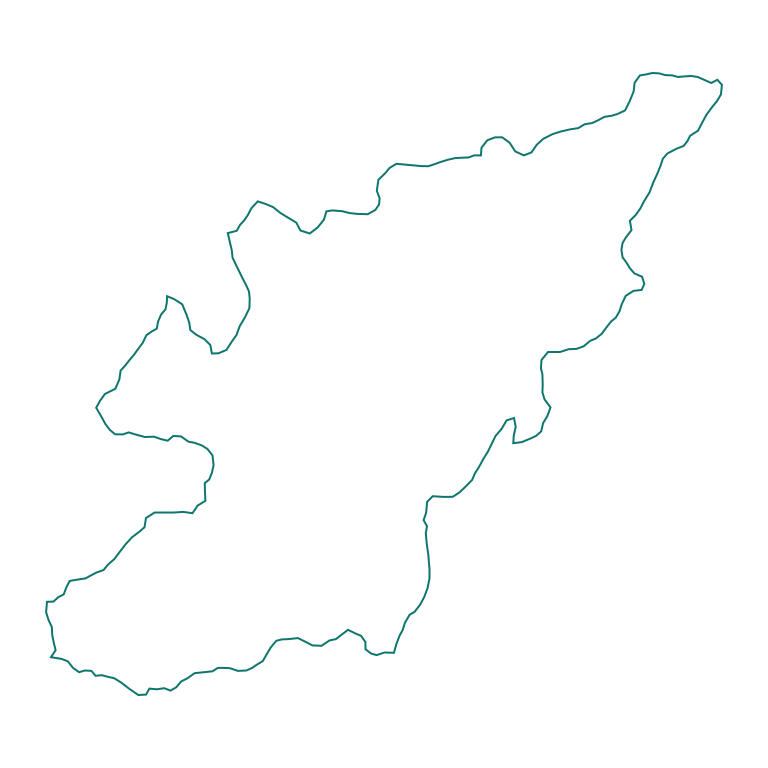 outline of Santa Rita de Caldas, Minas Gerais, Brazil
{"feature_id": "56859067B49411657296568", "entity_name": "Santa Rita de Caldas", "entity_type": "district", "adm_level": 2, "iso_a3": "BRA", "parent_name": "Brazil", "parent_adm1": "Minas Gerais", "projection": "mercator", "projection_center": [-46.273, -22.019], "detail": "fine", "context": "isolated", "style": "outline", "palette": "teal", "viewbox_px": 768, "rotation_deg": 0, "n_neighbors": 0, "source": "geoboundaries", "source_scale": "gbopen_adm2", "svg_char_len": 4032}
<svg xmlns="http://www.w3.org/2000/svg" viewBox="0 0 768 768"><path d="M51.0,657.2L61.5,658.9L67.8,661.3L73.0,667.9L79.1,672.2L84.8,670.5L91.5,670.9L95.5,675.8L101.8,675.2L108.3,676.9L114.2,678.2L121.2,682.6L129.0,688.6L138.3,695.0L146.0,694.6L149.4,688.6L156.8,689.3L164.2,688.2L170.5,690.6L176.4,687.2L181.0,681.6L187.5,678.2L194.6,673.2L203.9,672.2L212.5,671.3L217.8,667.9L223.9,667.9L230.0,668.2L237.9,670.9L246.4,670.5L252.1,667.9L257.1,664.5L262.8,661.1L266.0,655.5L270.7,647.5L276.3,640.8L281.9,639.4L288.4,639.1L298.0,638.1L305.3,641.7L312.4,645.4L321.5,645.8L329.6,640.4L335.9,639.1L341.6,634.7L348.0,629.8L354.6,633.1L361.0,635.8L365.4,641.9L365.5,649.2L371.0,653.5L376.6,655.1L384.5,652.5L393.9,652.8L396.6,643.4L399.7,635.4L402.6,630.2L405.0,622.7L409.6,614.8L414.6,611.8L419.9,605.0L424.2,597.1L427.6,588.0L429.5,578.4L429.5,569.0L428.8,561.0L428.3,554.5L427.2,547.2L426.4,540.2L425.8,532.9L427.0,526.2L423.6,520.2L426.1,512.9L427.2,501.8L432.7,496.2L443.4,496.9L452.7,496.8L459.4,492.5L465.7,486.5L472.2,479.8L475.0,473.2L478.7,467.5L483.1,459.4L488.0,451.4L491.6,444.1L495.5,436.0L501.5,429.0L506.6,420.4L514.0,418.0L515.7,426.8L513.7,436.1L513.3,443.2L521.8,442.1L529.1,439.1L535.9,436.0L541.2,431.4L543.1,423.1L547.4,416.0L550.5,407.4L544.5,399.3L542.4,392.3L542.7,385.0L542.4,374.3L540.9,368.2L541.5,360.0L548.0,352.0L560.0,352.0L568.7,349.2L576.5,348.9L583.6,346.3L590.4,340.7L595.7,338.6L601.6,333.9L606.5,327.3L611.1,321.5L615.8,317.6L619.5,311.3L621.7,304.3L625.7,295.9L633.4,290.9L641.7,289.9L644.3,283.8L642.1,276.8L634.4,273.4L629.9,268.2L626.3,262.3L622.6,257.4L621.4,249.9L622.6,242.9L625.9,237.4L631.5,230.1L629.9,220.8L635.6,215.1L640.5,208.2L643.9,201.5L649.6,192.2L653.2,182.7L657.3,173.7L660.7,165.4L662.8,158.8L667.4,153.5L676.3,148.8L683.5,146.0L687.2,141.5L690.1,135.8L698.0,130.7L702.1,122.8L706.5,114.7L712.3,106.8L717.0,101.1L721.0,94.3L721.9,84.7L717.3,79.8L711.3,83.0L704.6,80.0L697.8,77.0L691.5,76.0L684.4,76.4L677.9,77.0L672.4,75.4L665.2,75.1L659.3,73.4L652.3,73.0L646.8,74.3L639.9,75.4L634.6,82.8L633.7,91.3L629.9,100.7L625.1,110.4L617.3,114.1L611.5,115.8L604.6,116.8L597.8,120.4L592.3,123.0L584.6,124.3L578.3,128.1L570.0,129.4L560.9,131.5L552.6,134.1L543.3,138.8L536.8,144.7L531.5,152.4L523.9,155.4L515.2,151.4L509.6,142.7L502.2,137.3L495.1,137.3L487.3,140.3L481.5,147.7L480.9,155.4L474.0,155.4L468.5,157.5L462.2,157.7L455.2,158.1L448.0,159.7L439.4,162.4L433.7,164.5L428.2,166.2L421.4,166.1L407.2,164.8L396.4,163.8L389.5,168.0L385.3,173.1L378.4,179.8L376.8,190.8L379.6,198.2L379.1,204.4L375.4,209.9L367.7,214.2L357.4,213.9L349.7,213.1L342.2,211.2L332.3,210.4L326.4,211.4L323.9,219.7L317.7,227.4L309.8,233.5L300.4,230.5L296.4,222.7L287.1,217.1L280.0,212.7L273.1,207.1L265.2,203.8L257.8,201.4L251.5,208.0L247.8,215.1L244.2,220.4L240.1,224.8L236.7,230.8L227.8,233.1L229.8,241.8L231.8,250.4L232.6,257.8L235.4,263.6L238.9,270.8L242.5,278.2L246.0,284.9L249.0,291.5L249.7,298.5L249.4,308.2L245.0,317.3L239.7,326.2L236.4,335.2L231.8,341.6L226.5,349.9L218.5,353.3L211.9,353.5L210.3,345.0L204.5,339.2L196.2,334.7L190.3,330.0L189.3,322.8L186.6,314.9L182.2,304.3L174.3,299.2L167.1,296.2L166.8,302.6L165.5,309.3L161.1,314.5L158.1,321.5L156.8,328.6L151.6,331.6L146.4,335.2L142.7,342.9L138.0,349.2L134.0,354.7L129.6,359.9L125.5,365.2L120.6,370.6L119.4,379.3L115.4,388.7L104.9,394.0L99.9,401.0L96.2,407.8L100.5,415.1L105.4,424.0L109.7,429.8L115.1,434.3L122.9,434.4L128.7,432.4L135.2,434.4L144.8,437.0L154.1,436.7L160.9,439.1L167.7,440.7L173.2,436.0L181.0,436.4L188.5,441.7L194.6,442.8L201.7,445.4L207.5,449.0L212.5,455.4L213.6,465.1L211.9,472.8L209.2,479.5L204.8,483.1L204.9,490.3L205.4,500.8L197.6,505.6L192.5,513.2L183.2,511.9L173.9,512.5L162.7,512.5L154.6,512.5L146.0,518.0L144.5,527.2L139.5,531.6L132.1,537.2L125.9,543.9L120.4,551.0L114.4,559.0L107.9,564.7L103.6,570.0L96.2,572.6L85.4,578.4L75.5,579.9L69.6,581.0L66.5,587.1L63.7,594.4L58.4,597.1L53.4,601.6L47.0,601.8L46.1,612.3L48.6,620.1L51.9,627.2L52.2,635.1L53.8,642.8L55.6,650.2L51.0,657.2Z" fill="none" stroke="#0f766e" stroke-width="2"/></svg>